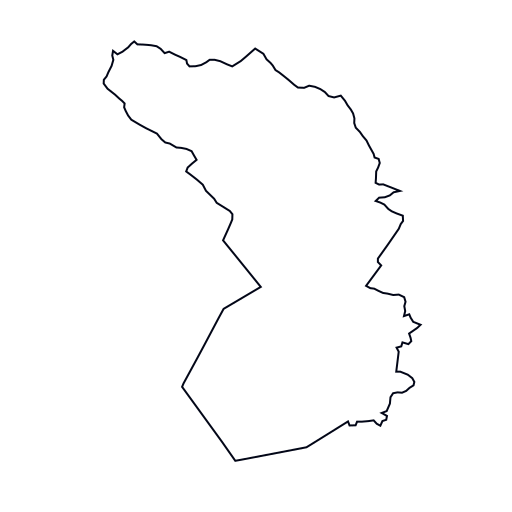 Maranguape, Ceará, Brazil, rotated 277°
{"feature_id": "56859067B57944913032389", "entity_name": "Maranguape", "entity_type": "district", "adm_level": 2, "iso_a3": "BRA", "parent_name": "Brazil", "parent_adm1": "Ceará", "projection": "natural_earth1", "projection_center": [-38.774, -3.988], "detail": "fine", "context": "isolated", "style": "outline", "palette": "ink", "viewbox_px": 512, "rotation_deg": 277, "n_neighbors": 0, "source": "geoboundaries", "source_scale": "gbopen_adm2", "svg_char_len": 2572}
<svg xmlns="http://www.w3.org/2000/svg" viewBox="0 0 512 512"><g transform="rotate(277 256 256)"><path d="M118.0,404.6L125.8,406.9L132.2,406.7L136.5,408.8L137.9,413.1L138.1,417.6L140.4,421.5L143.9,424.5L146.8,428.1L150.3,428.5L153.8,426.0L156.7,421.1L158.8,413.2L158.3,409.3L178.4,409.3L182.2,406.7L184.0,411.2L188.1,411.9L187.1,418.0L190.4,420.5L193.6,419.4L197.7,417.4L200.8,420.9L204.4,424.9L207.8,427.7L209.8,420.1L213.6,417.0L216.8,415.2L214.4,410.2L219.5,410.8L224.3,409.3L228.8,410.0L233.2,408.1L235.1,402.4L234.0,397.0L234.7,391.1L234.8,386.6L236.4,381.6L238.0,377.3L238.0,373.4L239.8,368.9L261.9,381.4L264.9,377.7L268.3,377.3L283.2,385.4L300.4,394.4L305.4,395.8L308.7,397.7L313.9,396.8L315.4,390.3L316.9,385.3L318.8,381.6L322.7,377.1L324.2,372.8L325.2,368.1L328.9,371.1L330.0,376.7L332.5,381.5L336.0,384.8L338.1,390.9L342.6,373.5L341.9,369.5L343.2,365.8L347.6,365.6L354.6,365.0L358.6,366.4L363.4,367.5L367.3,365.9L368.2,361.7L371.7,360.3L379.5,354.6L384.1,351.6L388.0,347.4L391.8,344.0L395.5,339.4L399.9,337.3L404.6,336.9L409.3,335.0L412.9,332.3L416.8,328.5L420.9,325.4L425.5,320.6L422.9,314.2L423.6,308.5L427.1,304.4L429.5,299.5L431.1,293.9L431.5,288.0L428.8,283.3L428.3,277.1L430.6,273.0L434.4,267.4L438.4,261.0L441.1,256.5L442.9,252.7L447.1,249.4L449.4,246.9L452.5,242.5L457.6,238.7L461.8,229.9L458.1,226.6L452.9,222.0L447.6,217.1L441.3,209.3L442.7,203.9L445.0,196.8L445.7,191.0L445.1,186.1L442.2,183.0L438.9,178.3L437.0,172.9L436.1,166.9L438.6,164.1L442.0,163.0L444.4,156.3L445.9,151.3L448.2,144.9L446.2,140.6L450.0,136.1L452.1,131.8L452.4,126.3L452.3,122.4L452.1,118.3L451.6,112.5L454.1,109.0L451.2,106.2L447.5,103.7L445.0,101.1L442.5,98.6L439.3,93.9L442.2,89.1L437.5,88.9L433.3,90.5L427.1,89.5L420.5,87.1L416.0,85.8L412.4,83.5L408.6,83.8L403.9,88.3L399.0,96.4L395.6,101.1L393.7,104.1L391.4,107.0L387.5,107.0L384.1,109.0L379.9,111.9L376.1,115.6L374.2,119.9L372.1,124.7L369.4,131.4L365.4,142.8L360.4,147.9L357.6,152.1L357.1,156.7L354.0,163.8L354.2,168.4L353.8,173.9L352.2,179.3L348.1,182.3L344.2,185.3L340.1,181.4L335.5,177.4L331.4,176.4L329.0,180.7L324.5,188.2L320.3,194.5L314.6,198.4L307.7,207.5L304.0,210.5L297.5,224.5L294.6,227.5L289.4,228.0L286.1,227.1L279.3,225.1L267.5,221.4L246.5,243.2L225.9,264.5L199.6,230.3L190.5,226.7L160.7,215.3L147.3,210.1L120.7,199.6L117.1,198.6L67.3,245.0L50.2,260.4L52.0,266.2L72.3,329.4L75.0,332.8L103.0,367.5L99.2,369.5L100.1,375.5L103.9,376.5L104.5,381.4L105.8,387.6L107.2,392.8L104.2,396.3L102.7,400.1L107.6,401.6L109.3,405.2L113.2,405.5L115.5,399.9L118.0,404.6Z" fill="none" stroke="#020617" stroke-width="2"/></g></svg>